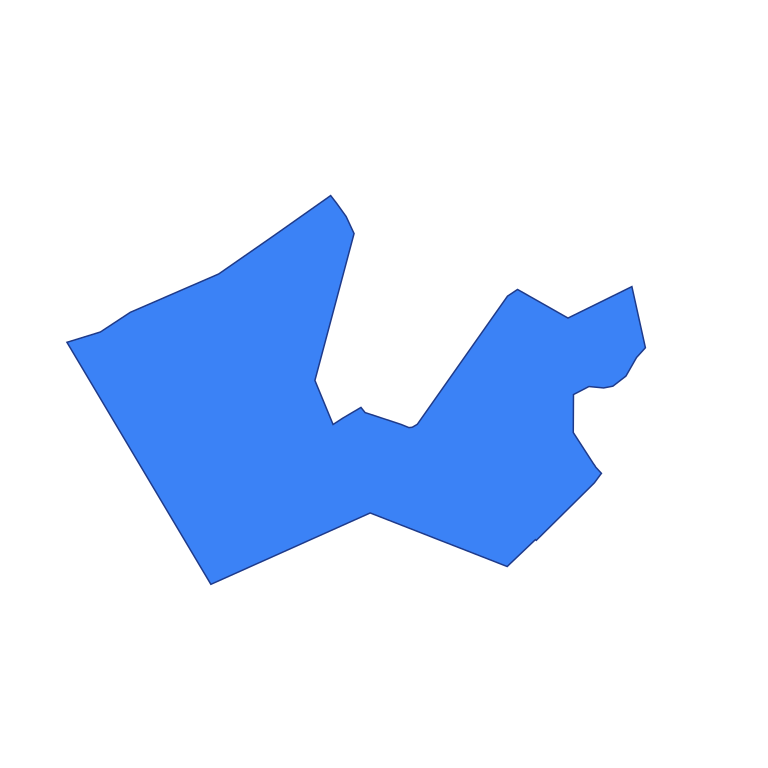 San Nicolás Hidalgo, Oaxaca, Mexico, rotated 144°
{"feature_id": "50627088B32967205278142", "entity_name": "San Nicolás Hidalgo", "entity_type": "district", "adm_level": 2, "iso_a3": "MEX", "parent_name": "Mexico", "parent_adm1": "Oaxaca", "projection": "albers", "projection_center": [-98.142, 17.776], "detail": "fine", "context": "isolated", "style": "filled", "palette": "blue", "viewbox_px": 768, "rotation_deg": 144, "n_neighbors": 0, "source": "geoboundaries", "source_scale": "gbopen_adm2", "svg_char_len": 723}
<svg xmlns="http://www.w3.org/2000/svg" viewBox="0 0 768 768"><g transform="rotate(144 384 384)"><path d="M391.6,163.9L387.5,164.5L353.0,169.1L352.7,168.0L276.9,179.6L271.8,180.4L262.4,183.4L261.6,183.6L260.6,183.9L261.6,192.3L261.4,194.0L261.4,196.6L259.4,233.5L236.9,264.1L219.7,261.5L208.6,251.7L200.1,247.7L183.6,248.2L164.1,257.0L151.2,259.7L126.2,317.1L196.4,329.2L220.4,382.0L232.4,382.5L254.7,374.9L380.8,331.8L386.6,332.4L389.5,334.1L393.9,341.2L416.1,372.0L416.4,378.6L437.2,380.6L449.0,381.2L437.8,427.5L319.8,523.3L316.2,541.7L316.1,557.8L316.4,567.8L387.5,568.8L453.1,570.2L547.0,591.1L582.9,592.8L616.0,604.1L641.8,323.7L471.0,287.8L391.6,163.9Z" fill="#3b82f6" stroke="#1e3a8a" stroke-width="1.5"/></g></svg>